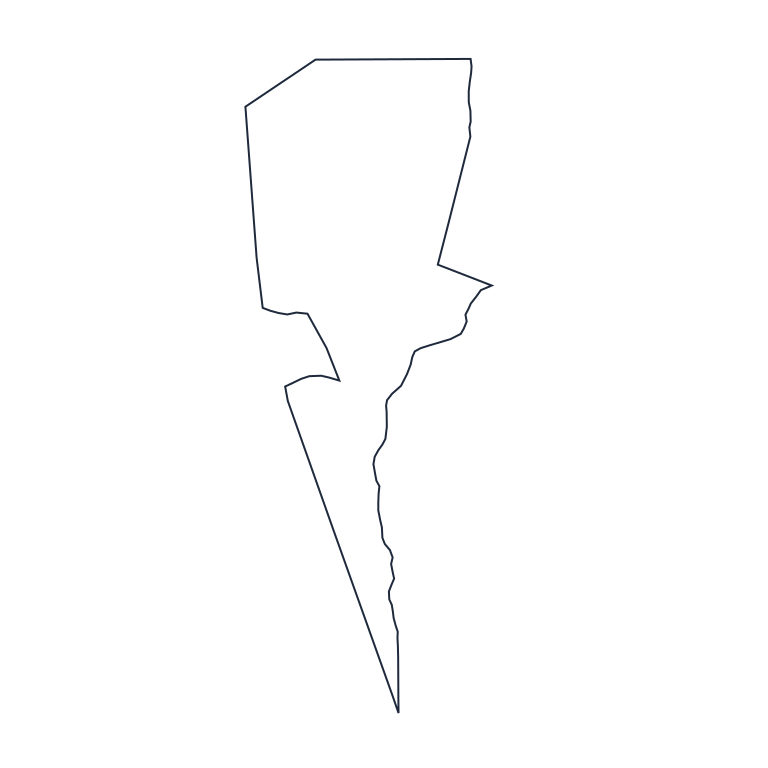 Itaiçaba, Ceará, Brazil (Natural Earth projection), rotated 85°
{"feature_id": "56859067B36389495737376", "entity_name": "Itaiçaba", "entity_type": "district", "adm_level": 2, "iso_a3": "BRA", "parent_name": "Brazil", "parent_adm1": "Ceará", "projection": "natural_earth1", "projection_center": [-37.787, -4.712], "detail": "fine", "context": "isolated", "style": "outline", "palette": "slate", "viewbox_px": 768, "rotation_deg": 85, "n_neighbors": 0, "source": "geoboundaries", "source_scale": "gbopen_adm2", "svg_char_len": 1246}
<svg xmlns="http://www.w3.org/2000/svg" viewBox="0 0 768 768"><g transform="rotate(85 384 384)"><path d="M67.7,269.4L54.9,424.0L66.2,444.4L75.1,460.6L91.4,490.1L95.7,497.9L247.2,499.9L297.6,498.2L301.1,490.9L304.1,482.8L306.3,474.3L305.2,465.1L307.3,454.1L343.2,438.1L376.7,428.2L372.8,438.1L370.3,445.8L369.7,457.7L371.7,466.2L374.8,474.3L377.9,482.7L392.5,481.3L527.4,446.5L696.3,402.4L713.1,398.2L699.9,397.2L657.4,393.7L646.2,393.0L638.0,392.7L632.0,391.9L625.8,393.4L618.0,394.8L611.5,395.0L604.6,395.5L599.1,397.5L591.1,397.2L584.8,394.1L578.8,390.9L570.8,391.9L563.9,392.6L557.5,390.5L549.9,392.6L543.5,397.1L537.1,399.0L526.8,398.6L518.9,399.7L509.4,400.7L501.5,400.0L492.7,398.9L485.4,397.5L479.7,400.0L472.4,400.7L462.9,401.5L455.7,399.6L449.6,395.5L444.1,390.8L438.8,387.4L426.8,384.9L411.6,383.8L405.8,383.8L400.4,382.4L394.4,376.8L387.3,367.2L376.1,360.2L366.9,355.7L359.7,353.5L354.2,350.5L351.5,344.4L349.4,335.0L345.1,313.9L340.8,303.2L335.8,299.7L329.0,296.2L322.0,296.8L316.5,293.3L311.4,290.5L305.0,284.5L298.9,279.3L295.3,268.1L269.8,320.0L229.6,305.8L145.1,276.4L135.8,276.6L130.2,274.8L119.3,274.1L110.8,275.0L99.9,274.1L90.8,272.3L81.7,270.1L75.3,269.1L67.7,269.4Z" fill="none" stroke="#1e293b" stroke-width="2"/></g></svg>